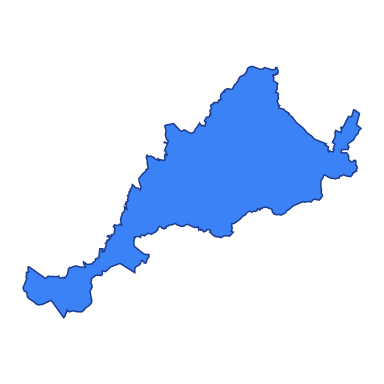 outline of Zihuateutla, Puebla, Mexico
{"feature_id": "50627088B80124610237867", "entity_name": "Zihuateutla", "entity_type": "district", "adm_level": 2, "iso_a3": "MEX", "parent_name": "Mexico", "parent_adm1": "Puebla", "projection": "natural_earth1", "projection_center": [-97.808, 20.291], "detail": "fine", "context": "isolated", "style": "filled", "palette": "blue", "viewbox_px": 384, "rotation_deg": 0, "n_neighbors": 0, "source": "geoboundaries", "source_scale": "gbopen_adm2", "svg_char_len": 6002}
<svg xmlns="http://www.w3.org/2000/svg" viewBox="0 0 384 384"><path d="M29.1,298.8L33.5,301.5L36.6,304.3L38.9,304.9L42.7,304.3L51.2,300.3L63.7,317.7L65.2,315.9L65.5,313.9L66.5,312.5L67.2,310.0L68.3,311.4L69.6,311.8L73.6,310.7L76.4,311.7L81.9,311.8L84.0,310.1L85.3,308.1L88.9,305.8L91.0,303.5L91.7,302.1L91.7,300.3L90.0,291.3L92.0,287.5L91.9,285.2L90.7,282.4L91.5,280.3L91.4,278.6L96.2,275.1L101.5,275.5L102.4,274.3L102.2,271.8L102.7,270.7L105.6,271.7L110.8,266.8L120.0,263.4L134.8,272.7L134.8,269.5L135.3,267.2L139.7,264.7L141.5,260.7L142.7,260.8L144.3,262.8L145.3,263.2L146.1,262.8L147.0,259.3L148.9,257.0L148.9,254.5L145.5,254.5L143.7,253.8L134.6,246.6L134.0,245.5L133.8,241.8L134.6,238.4L134.1,237.5L135.2,237.4L135.3,236.8L137.6,236.4L139.2,236.8L139.5,236.4L140.6,237.3L141.0,235.2L142.0,235.0L144.8,235.9L145.8,234.5L148.8,233.3L151.2,234.3L156.3,231.5L156.3,231.0L157.8,229.7L158.0,228.2L159.4,226.2L161.1,227.0L162.3,228.4L162.7,228.1L164.3,228.9L164.6,228.2L165.8,228.3L166.6,226.4L168.4,226.0L169.6,224.9L172.6,224.7L175.1,223.3L177.1,224.9L181.5,226.5L184.3,226.0L185.5,224.9L187.5,224.3L193.2,226.9L195.7,227.6L198.3,227.0L198.7,230.1L200.4,229.3L200.7,230.1L201.8,229.9L203.8,231.8L205.1,231.6L207.2,229.6L209.8,229.7L210.8,230.5L209.7,232.0L213.9,235.8L217.0,237.0L218.3,236.6L219.6,237.4L221.3,237.5L224.3,235.7L229.7,236.1L233.3,232.2L231.2,231.3L231.9,229.9L232.2,227.9L231.7,226.4L231.8,223.6L233.9,223.5L236.6,221.8L240.4,218.9L242.4,216.6L245.8,214.5L246.9,212.5L250.1,211.1L251.6,212.2L253.1,211.5L255.6,211.2L257.1,210.6L257.4,208.9L258.0,208.4L259.8,210.1L261.0,208.2L261.9,208.6L263.0,207.6L266.0,207.1L271.8,209.2L272.4,211.9L273.4,212.8L273.6,213.8L274.2,213.7L275.8,214.7L279.3,214.6L281.1,215.1L282.2,214.6L282.4,214.0L283.6,214.0L285.3,212.9L287.0,210.5L289.3,209.3L293.0,206.0L300.9,202.5L303.0,201.7L304.3,202.2L309.0,201.5L311.1,202.0L313.1,199.7L314.0,199.2L319.4,200.1L322.4,196.2L322.4,195.3L321.2,192.6L321.5,189.8L320.9,187.0L320.8,181.9L321.0,180.7L323.1,177.6L323.6,175.4L324.3,175.0L325.7,175.5L329.7,177.8L335.6,178.9L336.8,178.2L339.1,178.1L339.9,176.0L341.5,176.0L343.3,174.7L346.4,176.0L350.7,176.6L352.6,174.4L352.8,172.8L354.0,172.8L355.2,171.6L356.7,171.1L356.3,169.3L357.3,168.3L356.8,165.7L355.6,165.1L356.0,161.4L355.6,160.6L354.8,160.2L354.4,160.8L353.6,160.6L353.4,161.2L352.0,161.9L350.6,161.4L348.7,160.0L348.6,155.7L347.1,153.2L345.9,152.6L344.4,153.0L341.1,152.5L341.7,149.9L342.1,149.5L348.1,149.5L348.4,147.6L349.1,147.0L347.5,145.0L347.9,143.7L353.0,140.3L354.2,138.9L355.3,136.2L358.2,133.3L358.6,131.1L361.0,128.4L356.5,124.8L359.5,113.6L355.3,110.3L353.6,109.8L351.6,116.8L348.5,116.4L342.9,127.6L341.1,127.1L340.8,128.0L341.7,128.0L341.0,132.6L335.6,130.4L334.9,132.8L335.3,135.1L334.8,137.8L332.5,141.9L332.6,142.5L334.8,143.9L333.1,149.4L333.9,149.5L333.3,151.8L331.3,151.7L329.3,150.6L328.5,151.7L327.9,150.4L328.3,146.8L325.1,145.1L326.3,143.9L314.3,139.1L311.6,136.0L307.1,132.9L303.6,128.5L296.5,122.7L292.3,117.1L288.6,114.0L289.1,113.4L288.3,112.7L285.3,111.1L283.9,109.2L278.7,108.0L278.7,107.2L279.8,105.6L278.2,104.6L277.8,102.2L277.0,100.7L278.5,98.8L278.1,95.7L278.4,94.3L278.0,93.1L275.5,92.4L277.2,89.2L277.1,85.9L277.7,83.5L273.6,81.0L273.8,77.8L272.6,76.0L272.9,74.9L274.9,75.5L275.6,73.8L276.8,74.2L277.7,73.8L277.4,73.2L278.3,72.1L277.6,69.3L276.7,68.4L276.9,67.6L275.7,67.5L275.1,69.4L272.4,69.9L264.5,67.5L262.9,69.0L260.3,69.4L252.2,66.3L248.8,67.3L247.4,68.7L246.7,71.2L245.2,73.7L243.2,75.5L240.8,76.2L239.6,77.4L238.4,79.4L238.0,81.3L237.0,82.0L236.1,83.7L234.8,84.3L232.3,89.1L231.5,89.4L227.4,88.6L224.5,90.3L224.3,90.5L224.7,90.5L224.1,92.2L222.5,92.4L221.0,94.4L220.4,97.2L221.3,99.4L219.8,99.7L218.9,100.7L218.5,100.5L218.0,102.5L213.9,102.5L213.3,104.0L212.8,103.8L210.7,105.4L211.4,109.1L209.8,110.5L210.8,114.6L209.9,114.6L209.5,116.7L206.2,117.3L205.7,119.1L204.6,120.3L204.4,120.8L205.0,121.8L206.1,122.0L204.9,125.9L204.5,125.4L201.5,125.8L199.6,123.1L199.1,124.4L198.4,124.7L198.2,125.6L195.2,129.4L194.1,132.1L191.4,133.2L189.5,132.8L184.3,129.8L181.1,131.5L173.6,123.6L166.0,125.1L164.7,125.8L166.1,130.7L165.4,134.7L166.2,138.3L167.0,140.0L168.0,140.3L168.1,141.8L167.7,143.1L164.5,142.0L164.2,142.6L167.6,143.3L164.6,150.6L165.1,150.6L167.2,154.9L166.7,155.4L165.0,154.3L164.6,156.7L164.9,158.7L164.3,160.6L159.1,159.4L159.1,160.5L158.1,160.6L157.7,160.3L158.3,159.5L158.1,158.7L157.0,159.6L155.1,159.1L153.6,157.1L153.0,157.3L151.0,156.1L148.7,156.5L147.8,156.0L147.3,156.8L147.4,155.4L146.9,155.2L146.2,157.2L147.3,160.7L147.2,163.3L148.3,168.6L146.0,169.6L145.8,171.1L142.6,173.9L138.8,178.7L139.2,181.5L141.1,187.2L140.1,190.1L138.4,188.3L135.0,187.5L134.0,185.8L132.3,184.6L131.9,187.1L130.1,189.7L130.0,190.2L130.5,190.8L129.7,192.2L129.1,192.0L129.1,194.1L127.5,195.7L128.4,196.9L127.5,199.6L128.2,200.7L127.2,201.3L127.0,202.0L126.0,202.1L125.8,203.5L125.4,203.9L126.2,204.0L126.4,204.8L125.9,205.0L126.8,208.9L124.4,206.9L124.9,209.5L123.5,212.3L122.0,213.5L122.3,214.9L121.5,215.9L120.5,219.8L121.6,225.2L119.8,224.1L118.4,225.2L116.8,225.5L114.6,224.7L113.4,226.7L114.9,227.9L114.3,233.5L113.1,234.5L111.4,234.6L111.7,235.9L111.2,236.8L109.0,235.4L108.1,236.3L107.5,236.0L107.3,236.6L108.4,236.7L110.0,238.6L109.2,238.9L109.2,239.6L108.0,240.0L107.9,240.7L107.0,240.4L107.0,241.7L105.4,243.2L106.1,243.6L106.2,245.5L104.6,249.7L104.6,250.7L103.3,251.0L103.8,251.5L102.1,251.7L103.0,248.9L99.8,248.7L98.8,257.6L95.3,259.1L95.6,260.0L94.7,261.5L92.7,262.6L92.3,263.8L87.2,264.5L83.5,261.9L83.7,263.7L85.3,266.3L85.3,267.4L82.5,266.9L81.6,267.3L75.8,265.9L72.5,266.9L71.5,267.7L69.7,267.5L68.5,268.8L67.7,273.7L65.9,276.8L65.0,277.1L64.6,277.9L63.2,277.4L60.0,278.2L59.1,277.3L58.9,276.1L55.7,276.8L52.1,276.3L49.5,276.7L48.9,276.1L47.8,276.4L45.5,278.5L29.1,266.9L28.2,266.9L28.1,270.4L28.8,272.0L26.8,272.2L26.2,273.2L27.2,274.3L26.4,275.3L26.0,277.4L26.9,278.5L23.0,287.8L24.2,291.0L26.2,291.9L26.9,292.9L27.3,296.6L29.1,298.8Z" fill="#3b82f6" stroke="#1e3a8a" stroke-width="1.5"/></svg>